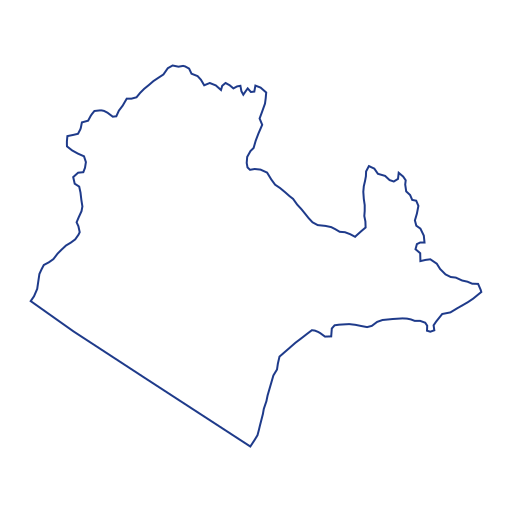 outline of Suna West, Nyanza, Kenya
{"feature_id": "3690345B37794826705018", "entity_name": "Suna West", "entity_type": "district", "adm_level": 2, "iso_a3": "KEN", "parent_name": "Kenya", "parent_adm1": "Nyanza", "projection": "natural_earth1", "projection_center": [34.385, -1.091], "detail": "fine", "context": "isolated", "style": "outline", "palette": "blue", "viewbox_px": 512, "rotation_deg": 0, "n_neighbors": 0, "source": "geoboundaries", "source_scale": "gbopen_adm2", "svg_char_len": 2920}
<svg xmlns="http://www.w3.org/2000/svg" viewBox="0 0 512 512"><path d="M478.1,283.9L472.2,283.7L467.5,281.7L462.1,280.5L455.8,277.6L450.7,277.0L445.5,274.4L440.1,269.0L436.8,263.7L430.3,259.3L425.6,259.9L420.4,261.1L420.2,253.2L415.5,249.2L416.9,244.1L420.2,242.5L424.5,242.5L423.8,235.6L420.4,228.6L416.3,225.7L414.9,220.4L416.9,213.6L418.4,205.9L416.2,200.7L412.2,199.9L410.1,195.0L406.2,191.4L405.2,184.5L405.7,180.3L403.2,176.6L398.7,172.8L398.0,178.9L393.8,181.5L389.6,180.1L385.1,175.9L377.9,173.8L374.3,168.6L368.9,166.1L366.1,171.4L365.9,176.3L365.0,181.1L363.8,186.2L363.3,191.8L363.8,198.9L364.7,205.1L364.7,211.0L364.3,216.0L365.4,221.5L365.6,227.5L361.1,231.3L360.0,232.3L356.2,235.7L355.1,236.8L350.2,234.2L344.9,232.2L339.7,231.8L335.3,229.2L331.2,227.1L325.4,225.9L317.7,225.1L312.5,222.3L308.6,218.1L305.0,213.6L301.6,209.4L297.1,204.5L293.1,198.9L289.6,196.2L285.2,192.3L280.0,188.0L275.1,184.7L271.3,179.5L267.1,172.6L260.5,169.6L254.7,169.0L250.0,169.8L247.5,167.4L246.7,162.9L247.2,156.9L250.5,151.0L253.6,148.0L255.7,140.7L258.4,133.6L262.2,124.8L259.6,118.5L262.0,112.0L265.0,103.6L265.7,98.3L266.2,92.5L260.6,87.6L255.4,85.6L254.3,91.6L250.9,92.0L247.7,88.4L245.4,91.6L243.3,94.7L241.4,91.2L240.4,85.8L237.1,86.4L233.4,88.4L229.6,85.2L225.5,83.0L222.2,85.8L221.0,90.0L215.8,85.4L209.7,83.0L204.2,85.3L200.9,79.7L197.6,76.1L191.5,73.7L189.1,68.6L185.1,66.4L183.1,65.9L178.5,66.7L172.6,65.5L167.8,68.2L163.4,74.5L158.2,77.9L153.4,81.1L148.9,85.0L144.2,88.8L140.2,92.8L136.5,97.3L131.3,98.7L126.7,98.7L122.7,105.6L118.9,110.6L116.3,116.3L114.3,116.5L112.8,116.7L107.5,112.7L104.0,110.9L101.6,110.4L99.8,110.4L97.1,110.7L94.4,111.0L91.9,114.1L90.8,115.7L88.1,120.7L81.9,122.4L80.8,127.9L80.3,129.4L78.0,133.8L73.3,134.9L67.4,136.1L66.9,141.3L66.9,144.6L67.0,146.4L72.1,150.4L77.9,153.6L84.0,156.3L85.9,162.1L85.0,167.8L83.3,172.2L78.1,172.7L73.2,177.1L74.7,183.7L79.2,186.6L80.5,192.6L81.3,199.5L82.4,206.5L81.5,211.2L78.7,217.3L76.6,222.3L78.4,226.2L79.7,232.2L78.5,234.7L75.2,239.4L70.7,242.7L66.0,245.5L61.4,249.8L57.6,253.6L53.4,259.1L48.9,262.3L43.8,265.0L41.5,269.4L39.4,274.0L38.4,280.7L37.2,288.9L34.0,296.3L30.7,301.1L73.5,331.4L144.9,378.0L250.3,446.5L254.7,439.8L257.5,435.2L258.9,429.9L259.9,425.7L262.9,414.0L263.8,408.9L266.4,401.2L267.6,395.4L273.4,375.4L277.0,369.5L277.9,363.5L279.5,356.6L295.5,342.7L302.5,337.4L307.0,333.9L311.9,330.2L314.9,330.6L318.3,332.0L320.2,333.1L325.0,336.6L331.2,336.4L331.8,328.5L334.6,325.3L339.0,324.7L345.5,324.3L349.3,324.1L352.6,324.5L355.3,324.8L361.7,326.1L367.1,327.1L371.8,325.9L377.1,321.9L382.5,320.0L392.8,319.0L399.2,318.6L402.5,318.4L406.9,318.6L410.8,319.4L414.8,320.9L420.2,320.9L425.2,322.7L427.2,325.7L427.0,330.7L430.3,331.7L434.3,330.3L433.6,325.3L436.2,321.5L442.2,314.0L450.4,312.4L457.5,308.1L462.8,305.1L468.0,302.1L473.2,298.6L477.6,295.0L481.3,292.0L480.7,289.9L478.1,283.9Z" fill="none" stroke="#1e3a8a" stroke-width="2"/></svg>